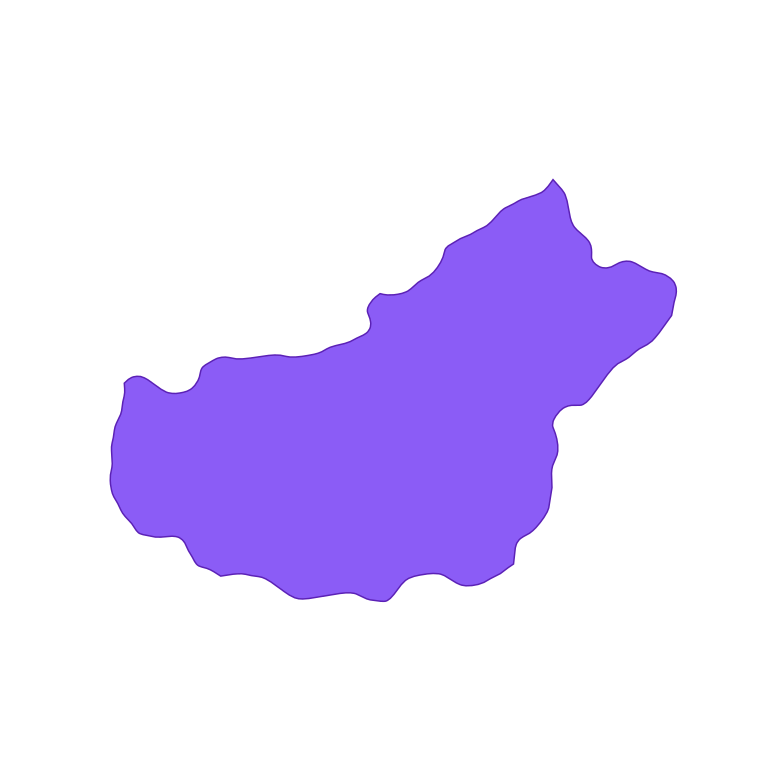 Altamira, Puerto Plata, Dominican Republic, rotated 126°
{"feature_id": "3306468B71353623072064", "entity_name": "Altamira", "entity_type": "district", "adm_level": 2, "iso_a3": "DOM", "parent_name": "Dominican Republic", "parent_adm1": "Puerto Plata", "projection": "orthographic", "projection_center": [-70.789, 19.642], "detail": "fine", "context": "isolated", "style": "filled", "palette": "violet", "viewbox_px": 768, "rotation_deg": 126, "n_neighbors": 0, "source": "geoboundaries", "source_scale": "gbopen_adm2", "svg_char_len": 3723}
<svg xmlns="http://www.w3.org/2000/svg" viewBox="0 0 768 768"><g transform="rotate(126 384 384)"><path d="M313.2,440.3L318.6,441.9L322.5,442.6L328.3,442.6L331.8,441.9L333.4,441.2L334.8,440.3L335.9,439.1L339.4,433.8L341.6,431.4L342.9,430.2L345.9,428.5L347.7,428.0L351.4,427.8L353.3,428.2L356.6,429.5L362.7,432.9L369.6,436.3L374.2,439.5L381.4,445.7L385.9,449.1L389.2,450.9L394.5,453.3L397.8,455.4L400.9,457.9L405.4,462.1L409.8,466.5L413.9,471.1L417.4,475.9L419.2,479.4L421.6,484.7L424.8,489.5L428.7,494.1L441.5,507.3L446.9,513.3L450.4,518.1L453.7,525.0L455.5,528.2L457.8,531.0L460.6,533.5L462.1,534.5L465.5,536.2L473.3,539.6L476.4,540.5L478.0,540.6L479.5,540.4L481.0,540.0L487.0,537.4L490.6,536.5L496.4,536.2L500.3,536.8L502.2,537.4L505.6,539.1L508.6,541.4L511.4,544.0L514.0,546.8L516.2,550.0L517.9,553.4L518.5,555.3L519.3,561.3L519.4,577.6L519.9,581.5L521.0,585.3L523.0,588.4L525.6,591.0L527.1,592.0L530.5,593.5L536.0,594.6L540.3,591.0L543.3,588.8L546.7,587.0L551.9,584.8L559.9,580.5L563.4,579.2L573.0,577.4L576.7,576.4L580.0,574.9L586.4,571.5L591.7,569.2L595.0,567.5L598.0,565.3L608.2,557.0L611.4,555.1L618.3,551.9L622.9,548.8L625.8,546.4L629.8,542.3L632.2,539.4L634.1,536.2L637.2,529.1L640.7,522.7L642.2,519.4L643.3,515.6L645.2,506.1L648.1,498.3L648.7,495.1L648.5,493.5L647.5,490.4L642.2,479.0L639.0,474.5L631.7,466.0L629.8,462.8L629.1,461.1L628.6,459.2L628.6,455.4L629.6,451.8L633.8,444.2L636.7,437.4L638.9,432.9L639.9,429.9L640.1,428.3L640.0,426.7L639.1,423.7L637.3,419.0L636.4,415.3L635.9,411.4L635.4,403.2L626.4,394.1L623.7,390.9L621.2,387.6L619.3,384.1L617.0,378.8L613.6,372.4L612.1,369.0L611.2,365.2L610.6,359.1L610.6,342.6L610.4,336.5L609.4,330.5L607.9,326.8L605.7,323.4L601.7,318.7L579.3,296.5L575.2,291.9L572.8,288.6L570.9,285.1L570.2,283.2L568.0,271.7L566.7,268.2L561.7,259.0L559.8,256.2L558.6,254.9L557.1,254.0L553.7,252.9L548.1,252.3L536.2,252.1L530.3,251.2L526.7,249.8L521.9,246.6L517.6,242.8L512.1,237.3L508.4,232.9L505.3,228.1L504.5,226.3L503.5,222.5L502.4,208.6L501.6,204.7L501.0,202.8L499.1,199.1L495.3,194.3L490.8,190.0L485.7,186.5L478.7,183.4L468.9,178.4L459.6,175.6L453.5,173.4L439.3,181.5L436.0,182.7L434.2,183.1L430.5,183.1L428.6,182.7L425.4,181.5L419.1,178.5L415.1,177.4L411.0,176.7L404.5,176.2L397.9,176.2L391.5,176.8L387.4,177.9L369.1,187.2L357.9,195.9L354.5,198.0L350.9,199.6L339.7,202.3L336.1,204.0L331.2,207.6L326.9,211.9L323.3,216.4L319.5,222.2L318.3,223.4L314.9,225.2L313.0,225.7L308.9,226.2L302.6,225.9L298.5,224.9L296.5,224.0L293.5,222.1L291.0,219.7L286.1,213.1L285.0,211.9L283.4,210.9L279.9,209.6L275.9,209.0L271.7,208.7L245.1,208.8L236.3,208.2L230.1,206.8L221.9,202.9L218.5,201.6L209.1,199.3L205.4,198.1L197.3,194.2L191.6,192.4L187.3,191.9L180.9,191.5L159.5,191.6L147.5,197.3L140.6,200.0L137.4,201.8L134.6,204.1L133.4,205.5L131.4,208.7L130.8,210.5L130.1,214.4L130.4,220.3L131.4,224.1L135.3,232.3L136.6,235.8L137.3,239.7L138.6,251.5L139.5,255.3L140.2,257.1L142.2,260.2L144.7,262.8L147.6,264.9L155.6,268.9L158.3,271.2L159.6,272.5L161.5,275.6L162.2,277.4L162.6,279.3L162.8,283.0L162.2,286.5L160.6,289.6L159.4,290.7L155.5,293.4L153.0,295.4L150.6,297.9L148.8,300.9L148.1,302.7L147.2,306.5L146.0,318.3L145.2,322.1L144.5,324.0L142.5,327.7L139.9,331.1L128.2,343.6L124.4,348.8L123.5,350.6L122.2,354.4L119.3,367.4L127.5,367.4L133.2,368.1L136.6,369.2L142.1,372.5L153.7,381.1L157.1,382.9L162.3,385.2L170.3,389.4L172.1,390.1L175.9,391.1L189.7,392.6L195.5,393.9L198.8,395.4L205.2,398.9L212.2,402.0L221.6,407.7L234.5,413.2L237.7,413.7L239.2,413.6L246.8,410.8L252.3,409.7L258.3,409.3L264.3,409.6L270.1,410.9L278.3,414.8L281.7,416.1L291.2,418.2L294.9,419.4L296.7,420.4L300.1,422.7L303.2,425.5L306.1,428.5L309.9,433.5L311.8,437.0L313.2,440.3Z" fill="#8b5cf6" stroke="#5b21b6" stroke-width="1.5"/></g></svg>